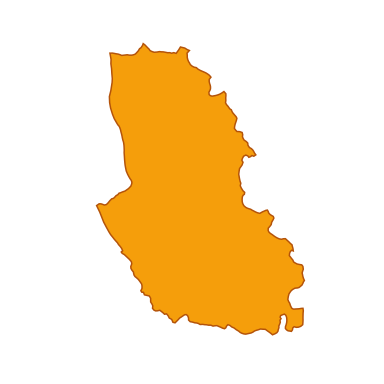 Sabatia, Western, Kenya (Mercator projection), rotated 80°
{"feature_id": "3690345B66034792821771", "entity_name": "Sabatia", "entity_type": "district", "adm_level": 2, "iso_a3": "KEN", "parent_name": "Kenya", "parent_adm1": "Western", "projection": "mercator", "projection_center": [34.76, 0.115], "detail": "fine", "context": "isolated", "style": "filled", "palette": "amber", "viewbox_px": 384, "rotation_deg": 80, "n_neighbors": 0, "source": "geoboundaries", "source_scale": "gbopen_adm2", "svg_char_len": 5366}
<svg xmlns="http://www.w3.org/2000/svg" viewBox="0 0 384 384"><g transform="rotate(80 192 192)"><path d="M41.0,248.7L47.4,248.7L51.6,249.6L56.6,249.8L61.8,250.4L66.5,250.8L70.1,251.6L78.0,254.3L83.7,256.8L89.7,257.6L91.7,257.6L95.2,257.6L101.6,256.8L106.4,255.8L111.6,253.9L113.1,253.3L114.7,252.3L116.4,251.9L118.2,251.6L120.6,251.5L122.7,251.3L124.6,251.2L126.4,251.2L128.7,251.1L130.8,250.8L132.6,250.8L134.4,250.9L136.2,251.1L139.1,251.5L141.5,252.0L145.2,252.4L148.7,252.8L152.4,253.1L154.0,253.2L156.2,253.2L159.9,253.1L161.6,252.7L163.4,252.3L165.9,251.5L168.1,250.7L170.0,249.8L171.8,249.5L173.4,249.9L175.6,251.2L177.6,253.9L179.4,257.7L179.9,260.7L180.3,262.4L180.5,264.1L181.7,265.4L182.4,267.4L183.6,268.9L184.6,270.4L184.8,272.3L186.3,274.4L188.2,276.6L189.5,278.5L189.6,280.6L188.6,282.2L187.8,283.8L187.5,285.5L188.8,288.3L195.9,286.3L201.8,285.1L206.3,284.2L212.2,282.3L216.9,280.7L219.9,279.5L222.6,278.0L224.9,276.8L226.9,275.6L229.1,274.2L231.0,273.5L232.9,272.3L235.3,271.1L237.9,270.5L238.8,272.1L240.3,271.4L241.9,269.5L243.9,268.0L247.4,265.4L250.1,263.8L252.3,263.8L254.7,265.2L256.6,265.4L258.4,264.8L260.6,263.6L262.2,263.6L263.7,263.5L265.4,262.8L266.6,261.7L268.8,260.0L271.2,258.8L273.8,257.6L275.6,257.5L278.3,258.0L280.4,259.5L282.0,258.8L282.4,257.2L285.0,256.7L286.0,254.4L287.0,252.1L289.5,251.2L293.1,251.8L295.6,250.8L297.3,250.4L299.7,251.1L301.8,249.9L302.8,248.4L303.0,246.8L302.9,244.2L305.8,241.6L307.6,240.3L307.6,238.2L309.7,237.0L312.1,236.3L314.0,234.1L317.0,233.4L317.9,231.4L316.3,229.1L315.0,227.3L314.0,226.1L313.4,224.6L312.4,222.4L311.6,220.5L311.8,218.8L313.3,217.7L315.4,217.3L317.5,217.6L319.4,216.3L320.2,214.1L321.3,212.0L321.8,210.2L322.5,208.7L323.9,207.0L324.2,204.5L324.9,202.5L325.3,200.7L326.0,198.9L326.4,196.6L327.7,194.6L327.7,192.8L327.9,190.7L329.1,188.9L330.3,187.0L331.3,185.7L332.3,183.7L331.6,182.3L330.1,181.3L328.9,179.7L330.0,177.8L331.8,176.3L333.2,174.2L335.4,172.2L337.1,170.2L338.7,168.9L339.8,167.4L340.8,165.5L341.3,163.7L341.2,160.9L341.1,158.2L340.5,156.1L339.7,154.5L339.4,152.7L339.2,150.6L338.8,148.4L339.4,146.2L340.0,143.6L342.0,141.7L343.4,140.3L344.8,139.0L346.6,137.5L346.0,134.8L345.3,132.9L344.1,131.6L342.4,130.9L340.8,130.0L338.9,129.7L337.5,128.7L335.7,127.7L333.5,127.6L332.2,126.3L330.6,127.0L329.1,126.2L328.6,124.1L328.3,122.2L329.7,121.0L331.8,120.6L333.4,120.7L335.1,120.9L336.9,121.4L339.0,122.3L341.0,123.4L342.7,123.7L344.2,122.8L345.4,121.5L345.9,119.9L346.5,118.3L345.2,117.0L343.4,116.4L342.4,114.8L343.4,112.8L343.6,110.7L343.2,108.3L341.9,106.0L339.6,105.4L337.4,104.9L335.4,104.6L333.3,104.2L330.4,103.6L328.3,103.0L325.8,102.9L325.6,104.7L325.6,107.0L325.2,110.2L325.0,112.3L324.0,113.8L321.7,114.6L320.1,114.9L318.5,115.1L316.8,115.8L314.5,116.3L311.6,115.3L309.2,114.2L307.6,112.7L306.3,111.3L305.3,109.4L304.6,107.3L304.8,104.7L304.6,103.1L303.7,101.5L302.8,99.9L301.1,98.6L299.8,97.8L298.7,96.7L296.5,97.2L294.2,97.5L292.4,97.5L290.9,97.6L289.4,96.9L287.3,95.8L284.5,95.7L282.8,96.6L282.1,98.6L281.2,100.9L279.9,102.6L278.5,104.1L276.5,104.5L274.6,105.6L273.2,106.3L271.6,107.2L269.5,106.6L267.8,105.6L266.7,104.0L267.6,102.5L264.9,102.4L263.0,102.6L261.3,102.7L259.8,104.0L258.0,105.2L256.3,106.5L254.2,108.1L253.9,110.1L254.1,112.0L253.3,114.2L252.1,116.0L250.8,117.6L249.3,119.1L247.9,120.4L246.4,122.0L245.0,123.1L243.2,123.7L240.9,123.2L239.3,121.2L237.9,119.7L235.5,118.7L233.5,117.0L231.9,115.9L230.2,116.2L228.9,117.7L227.6,119.1L226.0,120.1L224.5,120.3L222.9,120.9L222.9,122.5L223.3,124.0L223.7,125.8L224.2,127.3L224.8,128.9L223.9,131.0L222.7,132.9L221.5,134.4L220.3,136.0L219.2,137.2L218.4,138.8L217.5,140.4L216.4,141.8L214.5,143.3L212.1,144.1L210.2,144.2L207.8,143.9L205.4,143.2L204.1,142.2L203.3,140.8L201.5,140.2L199.6,141.6L198.1,142.2L196.6,142.8L194.2,143.4L191.8,142.4L189.8,142.8L187.2,142.9L184.9,142.9L182.6,142.9L179.7,142.0L177.2,141.1L175.6,139.5L174.1,138.0L171.6,136.6L169.4,137.4L167.5,136.4L165.7,134.9L165.0,132.6L166.1,130.8L167.7,130.0L167.3,128.1L166.5,126.7L167.5,124.9L166.5,122.7L164.4,123.7L162.4,124.3L160.9,125.0L159.5,126.1L158.2,127.7L155.7,128.8L153.5,128.6L151.7,129.8L149.9,131.7L147.9,132.4L146.3,132.7L144.3,132.1L142.1,132.3L140.8,134.6L140.2,137.3L138.9,138.1L136.8,139.2L134.8,138.6L133.0,137.9L131.5,137.1L129.3,135.9L127.2,135.0L125.5,135.5L123.5,136.7L121.3,138.0L119.8,138.6L117.9,139.0L116.6,140.4L114.0,141.6L111.8,142.9L110.0,143.5L107.8,142.8L105.0,142.4L103.1,141.9L101.1,141.6L98.6,143.1L99.7,145.5L100.5,147.8L100.9,150.0L101.1,152.1L101.1,153.8L101.1,155.6L100.3,157.2L99.0,158.2L96.6,158.0L95.2,156.8L93.7,155.9L91.7,155.5L90.1,155.5L88.3,155.8L86.2,155.9L84.1,155.5L82.2,153.4L80.1,154.6L78.7,155.9L77.4,157.3L76.3,158.8L75.2,160.5L73.6,162.9L71.9,164.9L70.3,166.1L69.4,168.3L68.1,170.0L66.3,171.5L64.4,172.1L63.0,172.7L60.8,173.2L58.5,173.3L56.4,172.9L54.4,172.8L53.3,171.4L52.2,170.0L50.9,172.0L49.0,174.1L47.2,178.2L49.7,180.4L52.7,183.5L51.6,185.8L51.8,188.0L50.9,189.7L50.6,191.8L49.7,194.1L49.0,196.0L48.6,198.0L48.1,199.5L48.1,202.2L47.8,205.0L46.6,207.2L45.4,208.8L43.8,209.5L42.0,210.8L39.0,212.8L37.4,214.3L39.0,215.2L41.0,217.1L41.8,218.8L43.6,220.3L45.1,222.2L46.3,223.8L46.7,225.6L46.8,227.5L46.4,229.8L45.6,232.0L45.5,234.0L45.4,235.7L45.3,237.5L44.2,239.2L43.3,240.9L42.8,242.5L42.2,244.0L41.4,246.2L41.0,248.7Z" fill="#f59e0b" stroke="#b45309" stroke-width="1.5"/></g></svg>